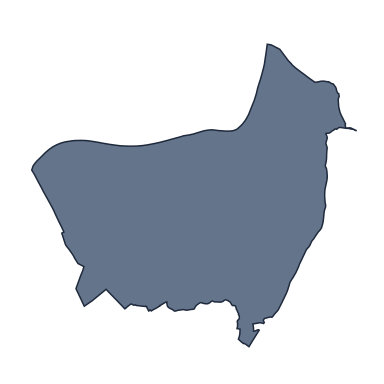 Gennep, Limburg, Netherlands, rotated 93°
{"feature_id": "6326949B74696294770759", "entity_name": "Gennep", "entity_type": "district", "adm_level": 2, "iso_a3": "NLD", "parent_name": "Netherlands", "parent_adm1": "Limburg", "projection": "natural_earth1", "projection_center": [5.991, 51.696], "detail": "fine", "context": "isolated", "style": "filled", "palette": "slate", "viewbox_px": 384, "rotation_deg": 93, "n_neighbors": 0, "source": "geoboundaries", "source_scale": "gbopen_adm2", "svg_char_len": 5864}
<svg xmlns="http://www.w3.org/2000/svg" viewBox="0 0 384 384"><g transform="rotate(93 192 192)"><path d="M312.2,253.0L311.0,251.5L310.8,251.6L307.0,247.1L307.3,245.9L307.7,245.1L308.1,244.5L307.9,243.2L307.6,242.4L308.2,241.9L308.8,232.5L308.4,232.1L308.8,231.4L309.9,230.9L313.0,229.1L312.9,228.9L313.0,228.8L312.0,227.7L311.9,227.6L312.0,227.4L312.7,226.8L312.8,226.7L312.9,226.3L312.6,226.0L311.4,224.3L310.1,222.0L308.9,220.2L308.6,219.8L308.4,219.5L308.1,219.3L307.9,219.1L307.9,218.6L307.8,218.3L307.6,218.3L306.9,218.0L306.8,217.4L306.4,216.9L306.2,216.7L305.8,216.3L305.7,215.9L305.5,215.5L305.2,215.3L304.9,214.9L304.8,214.6L304.7,214.3L304.3,214.0L304.2,213.7L303.9,213.2L303.6,212.9L303.4,212.4L303.4,212.1L303.2,211.4L304.3,211.4L306.0,210.9L307.2,210.6L307.8,210.2L308.1,209.8L308.5,209.4L309.0,208.6L309.6,207.5L310.2,205.9L310.4,205.4L310.6,205.1L311.5,203.9L311.7,203.5L311.8,203.1L311.8,202.4L311.7,202.0L311.0,200.2L310.8,199.4L309.9,194.8L309.9,194.1L310.3,192.1L310.3,191.2L310.2,190.4L309.8,188.7L309.4,187.1L309.2,185.9L309.0,184.4L308.9,184.1L308.7,183.8L308.4,183.5L307.1,183.0L306.6,182.7L305.2,181.9L304.9,181.6L302.9,179.2L302.5,178.6L302.1,177.6L302.0,177.1L302.0,176.8L302.4,175.7L302.5,175.3L302.7,174.5L302.9,172.5L302.9,171.8L302.9,171.2L302.7,170.4L302.6,170.0L302.3,169.5L301.8,168.7L301.2,168.0L300.3,167.0L300.0,166.6L299.8,166.1L299.9,165.5L300.4,164.3L300.6,163.6L300.5,161.6L300.5,158.4L300.4,157.2L300.1,156.5L299.7,155.4L299.5,155.2L298.5,154.1L298.3,153.8L298.0,152.9L297.9,152.4L298.2,151.5L298.6,150.6L299.4,149.0L299.9,148.3L300.2,147.9L301.4,147.1L302.5,146.5L303.0,145.9L303.3,145.5L303.2,143.8L303.3,143.3L303.4,143.0L304.0,142.5L304.8,142.1L306.0,141.7L306.4,141.8L307.7,140.9L308.5,140.5L308.9,140.4L309.8,139.9L310.3,139.5L311.1,139.1L312.0,139.2L312.6,138.7L312.8,138.5L313.1,138.4L314.0,138.3L315.1,138.1L315.6,138.1L315.9,138.1L316.2,138.3L317.1,139.1L317.3,139.3L318.0,139.5L318.1,139.8L318.4,140.0L318.6,140.0L318.9,139.9L319.4,140.0L319.6,140.0L319.9,139.9L320.8,139.6L321.4,139.6L321.9,139.6L322.7,139.5L324.3,139.6L326.1,139.9L326.3,137.7L326.4,136.9L328.5,136.8L331.1,136.8L333.8,137.2L334.6,137.4L336.5,138.0L338.9,135.2L339.5,134.3L340.5,133.0L340.3,132.9L341.0,130.8L341.2,130.5L341.5,129.9L342.4,128.7L343.5,127.0L337.7,123.9L326.5,117.7L326.1,118.1L326.1,118.9L327.7,122.3L327.7,123.3L324.6,123.4L321.4,124.1L320.6,124.3L319.4,119.1L318.9,116.5L319.2,115.6L319.6,113.6L318.6,113.0L316.3,114.1L315.9,113.9L314.7,113.1L314.5,112.9L312.7,107.4L312.9,105.6L312.4,105.1L309.6,103.2L308.0,101.9L306.3,100.5L304.9,99.6L297.7,96.4L296.2,95.8L289.3,92.9L285.8,91.6L280.9,90.3L279.7,90.0L277.2,89.5L276.7,89.2L274.2,87.9L271.7,86.4L268.7,84.9L267.4,84.2L261.7,81.9L258.1,80.8L254.2,79.1L251.7,78.1L244.2,75.0L243.6,74.8L240.5,72.3L238.7,71.3L236.2,70.4L234.7,69.7L234.0,69.3L233.1,68.5L231.9,67.7L230.5,67.0L225.9,64.2L224.9,63.5L223.9,62.6L222.3,61.5L221.0,60.8L217.1,59.9L214.9,59.5L212.1,59.3L205.6,59.0L204.4,58.9L202.4,58.5L200.0,57.8L198.7,57.8L197.4,58.0L195.7,58.5L190.2,59.2L187.3,59.4L184.7,59.4L182.8,59.4L173.4,57.9L171.8,57.8L170.6,57.7L168.9,57.8L164.6,58.3L161.4,59.0L160.8,59.3L160.0,59.9L159.5,60.1L158.7,60.2L157.8,60.2L155.3,59.7L152.4,59.4L147.3,59.5L144.3,59.5L141.1,59.3L140.4,59.4L136.4,60.9L134.3,60.5L132.3,60.0L130.8,59.7L129.1,60.3L126.7,61.4L126.3,60.6L126.2,59.0L125.9,58.1L125.5,57.3L125.0,56.6L123.5,55.1L123.0,54.0L121.8,52.7L121.5,52.2L121.5,51.9L121.8,51.1L121.8,50.8L121.0,49.9L120.3,49.2L119.9,48.5L119.8,47.3L120.4,40.5L120.3,39.5L120.3,38.6L120.5,37.7L120.8,36.7L120.8,35.6L121.0,34.0L121.3,33.4L121.9,32.4L122.2,31.0L122.2,30.8L119.8,36.6L119.7,37.5L119.7,38.4L119.9,40.0L119.9,40.3L120.2,41.3L120.2,41.5L118.9,42.1L118.0,42.3L117.5,42.4L116.7,42.6L116.0,42.2L109.6,45.8L107.2,47.2L106.4,47.5L104.9,48.3L100.9,49.5L100.3,49.7L99.6,49.9L92.5,50.8L91.8,50.7L91.7,50.8L90.9,50.7L90.2,50.5L88.9,50.0L86.1,50.6L85.6,51.7L85.0,52.1L82.8,53.0L82.4,53.1L81.1,53.4L79.4,54.3L77.9,55.7L76.9,56.3L76.8,56.5L76.6,56.9L76.6,57.4L76.5,57.9L75.9,59.3L75.4,59.9L75.2,60.4L75.1,61.2L74.8,61.3L74.9,61.7L74.4,65.9L74.5,68.4L75.6,72.7L76.0,75.0L75.3,76.1L71.4,82.2L67.4,88.0L67.3,88.3L64.3,92.7L62.3,95.6L60.6,97.7L60.3,98.1L58.6,99.7L55.7,102.8L44.9,111.8L41.0,120.4L40.6,123.3L40.5,124.6L49.1,125.3L55.0,125.9L60.4,126.4L62.2,126.7L64.0,127.0L67.8,127.8L69.9,128.2L75.6,129.5L79.7,130.6L83.2,131.5L84.4,131.8L90.5,132.9L97.2,134.6L100.1,135.6L104.7,137.2L111.6,139.5L114.2,140.7L116.0,141.6L118.6,143.1L119.4,143.7L121.3,145.0L121.9,145.5L124.1,147.5L125.7,149.1L127.0,150.5L127.3,151.1L128.0,152.6L128.6,154.1L129.1,156.9L129.3,158.9L129.4,161.6L129.3,167.1L129.3,168.5L128.9,173.5L128.9,175.8L129.0,176.9L129.2,178.3L129.6,180.4L130.1,182.6L130.6,184.3L130.9,185.1L134.1,193.9L135.3,198.3L135.7,200.4L135.8,200.8L136.1,202.4L136.4,203.6L136.9,204.9L137.3,205.9L140.6,215.9L141.7,219.1L144.2,227.0L145.7,232.6L147.3,239.1L148.2,243.7L149.0,249.3L149.4,254.9L149.6,260.4L149.6,266.0L149.2,271.6L148.7,277.1L147.8,284.9L147.4,287.4L146.9,291.9L146.5,295.8L146.3,298.6L146.2,300.0L146.2,302.6L146.3,305.6L146.5,308.4L146.7,311.3L147.2,314.6L148.1,319.0L148.6,321.2L149.2,323.1L150.1,325.6L150.7,327.0L151.9,329.5L153.4,332.1L154.3,333.5L156.4,336.2L157.5,337.5L159.6,339.7L161.0,341.1L166.5,346.0L168.3,347.7L169.9,349.1L171.7,350.4L172.0,350.7L172.6,351.0L174.4,352.1L178.5,353.2L183.3,349.9L183.5,349.9L184.3,349.4L190.5,345.7L195.9,342.4L198.9,340.7L214.4,331.0L219.0,328.4L219.6,328.2L229.1,323.1L233.8,320.4L238.7,317.8L239.9,319.9L249.6,316.2L251.5,315.4L253.5,313.8L255.0,312.4L259.9,308.5L262.0,307.0L263.5,306.2L264.4,305.6L266.3,304.3L269.4,302.1L272.1,296.1L272.9,296.2L276.3,297.0L281.6,298.9L294.6,302.8L311.7,293.6L306.9,287.4L306.4,286.8L306.4,286.6L293.7,272.7L295.9,270.4L304.5,261.1L309.4,255.9L312.2,253.0Z" fill="#64748b" stroke="#1e293b" stroke-width="1.5"/></g></svg>